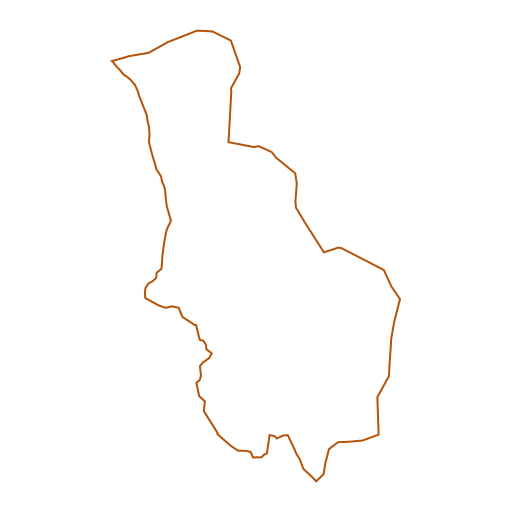 the district of Umuahia North, Abia, Nigeria
{"feature_id": "59680162B14302921886514", "entity_name": "Umuahia North", "entity_type": "district", "adm_level": 2, "iso_a3": "NGA", "parent_name": "Nigeria", "parent_adm1": "Abia", "projection": "equal_earth", "projection_center": [7.466, 5.592], "detail": "fine", "context": "isolated", "style": "outline", "palette": "amber", "viewbox_px": 512, "rotation_deg": 0, "n_neighbors": 0, "source": "geoboundaries", "source_scale": "gbopen_adm2", "svg_char_len": 1832}
<svg xmlns="http://www.w3.org/2000/svg" viewBox="0 0 512 512"><path d="M316.2,481.3L323.6,474.1L325.3,463.4L329.0,449.0L338.1,442.2L348.7,441.8L362.7,440.5L378.6,434.6L377.4,398.4L377.5,396.9L388.8,376.4L391.3,338.4L394.2,321.8L400.0,299.1L391.5,286.7L383.8,270.0L341.4,248.1L338.3,247.6L323.9,252.3L304.8,222.4L296.0,207.7L295.4,201.6L296.8,183.7L295.2,173.3L275.7,157.4L274.9,156.0L271.7,152.1L258.6,146.1L254.9,146.9L254.1,147.1L228.5,142.2L231.3,91.7L231.0,88.2L239.2,73.5L240.2,67.3L230.9,40.6L212.5,31.5L203.1,30.9L196.6,30.7L187.0,34.6L167.8,42.1L148.7,52.8L129.3,56.1L112.0,61.1L112.4,61.4L116.2,66.1L120.0,70.2L123.8,74.8L126.8,76.6L130.2,79.5L134.9,84.8L137.8,91.2L139.1,95.8L140.0,98.1L141.2,101.0L143.2,106.2L145.3,111.4L146.6,114.9L147.0,116.1L147.4,120.1L149.0,127.1L149.4,132.3L149.4,136.9L148.9,142.1L150.6,148.5L152.2,154.8L153.5,158.9L154.7,162.9L156.4,169.3L161.0,176.3L162.2,182.1L163.9,185.6L165.2,190.8L165.2,191.5L165.9,198.9L166.2,201.5L166.7,205.8L167.2,207.5L168.1,210.7L170.9,220.9L167.8,227.2L166.1,231.8L165.2,237.0L164.2,242.2L163.3,249.1L162.4,255.5L161.9,264.1L161.4,268.7L161.4,268.8L156.7,272.7L156.2,277.9L155.4,278.6L152.3,281.4L148.4,283.6L145.4,288.2L144.9,292.9L145.3,298.1L158.2,305.2L165.6,307.8L171.8,306.4L178.6,307.7L182.3,316.8L194.6,325.0L196.1,325.1L199.7,339.8L203.6,340.9L206.0,345.0L206.4,349.3L211.7,353.3L209.2,358.0L204.9,361.1L203.0,362.5L199.9,366.1L201.0,375.8L199.7,380.0L196.4,382.9L199.2,396.1L204.9,401.3L203.8,411.1L217.6,433.0L217.3,434.1L231.0,446.0L238.1,450.7L246.5,450.9L250.7,452.1L253.0,457.4L261.5,457.3L264.3,454.4L266.8,453.5L269.3,437.5L269.6,435.1L272.8,435.7L274.0,436.0L274.7,436.2L276.9,438.5L283.1,435.5L287.8,435.2L295.0,450.3L295.4,451.8L297.6,455.9L299.7,459.1L303.4,468.9L312.4,477.3L316.2,481.3Z" fill="none" stroke="#b45309" stroke-width="2"/></svg>